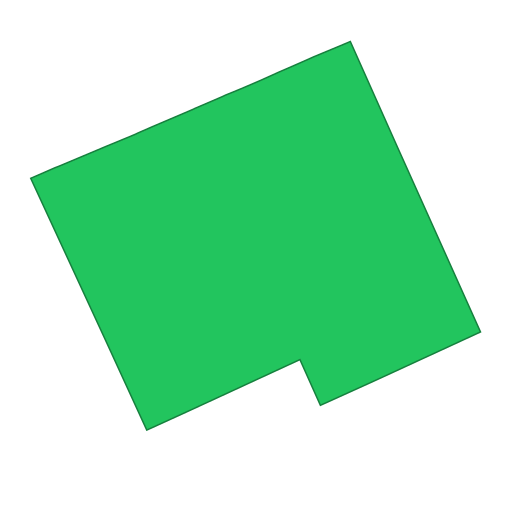 the district of Winnebago, Illinois, United States of America, rotated 336°
{"feature_id": "52423323B41764216695730", "entity_name": "Winnebago", "entity_type": "district", "adm_level": 2, "iso_a3": "USA", "parent_name": "United States of America", "parent_adm1": "Illinois", "projection": "robinson", "projection_center": [-89.16, 42.325], "detail": "fine", "context": "isolated", "style": "filled", "palette": "green", "viewbox_px": 512, "rotation_deg": 336, "n_neighbors": 0, "source": "geoboundaries", "source_scale": "gbopen_adm2", "svg_char_len": 528}
<svg xmlns="http://www.w3.org/2000/svg" viewBox="0 0 512 512"><g transform="rotate(336 256 256)"><path d="M81.8,93.4L84.3,272.9L85.4,370.6L130.0,370.2L254.0,368.5L254.1,418.6L315.3,418.2L430.2,416.7L429.6,238.3L429.5,214.3L429.4,98.4L427.2,98.4L390.1,97.5L375.7,97.5L374.2,97.5L352.1,97.3L330.8,97.4L309.8,97.1L296.3,96.7L293.7,96.6L290.1,96.7L260.1,96.3L258.7,96.4L213.8,95.7L212.3,95.7L198.2,95.6L195.4,95.7L186.4,95.5L165.1,94.9L111.8,93.8L108.6,93.6L81.8,93.4Z" fill="#22c55e" stroke="#15803d" stroke-width="1.5"/></g></svg>